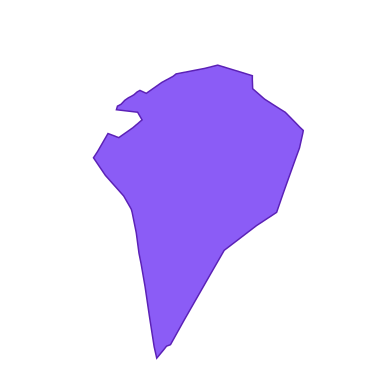 outline of Santa María Nduayaco, Oaxaca, Mexico, rotated 54°
{"feature_id": "50627088B11390795359307", "entity_name": "Santa María Nduayaco", "entity_type": "district", "adm_level": 2, "iso_a3": "MEX", "parent_name": "Mexico", "parent_adm1": "Oaxaca", "projection": "robinson", "projection_center": [-97.514, 17.403], "detail": "fine", "context": "isolated", "style": "filled", "palette": "violet", "viewbox_px": 384, "rotation_deg": 54, "n_neighbors": 0, "source": "geoboundaries", "source_scale": "gbopen_adm2", "svg_char_len": 1164}
<svg xmlns="http://www.w3.org/2000/svg" viewBox="0 0 384 384"><g transform="rotate(54 192 192)"><path d="M305.7,318.2L304.3,312.7L302.8,306.9L301.9,303.8L301.8,302.9L302.8,299.5L302.8,299.0L291.0,273.6L269.7,226.2L258.1,200.2L257.1,159.5L258.2,135.5L246.6,118.9L240.5,110.0L225.9,88.6L219.6,79.2L209.3,67.5L207.6,65.8L202.8,66.7L196.3,67.6L182.3,69.7L175.9,72.3L169.8,74.7L159.8,78.6L157.8,79.1L152.9,80.2L144.1,82.2L138.6,78.5L136.5,77.1L133.4,74.8L104.5,96.6L104.3,97.0L99.4,109.2L87.1,135.4L87.3,139.2L85.6,152.0L85.4,164.9L85.3,171.0L79.2,174.4L78.8,177.7L79.2,181.8L78.9,184.9L78.4,188.1L78.3,192.5L79.3,197.7L79.0,200.2L78.7,201.8L81.0,204.8L95.5,189.1L103.1,189.9L104.3,190.0L104.6,193.8L104.8,195.6L104.9,197.6L104.9,198.0L105.1,199.9L105.2,201.7L105.3,202.2L105.2,203.3L105.2,205.3L105.0,217.1L105.0,219.2L104.6,219.5L102.7,220.8L101.5,221.5L100.3,222.3L99.1,223.1L97.7,224.0L95.3,225.6L103.8,244.7L106.4,251.6L127.7,252.3L155.1,249.6L167.2,250.9L168.2,251.0L168.8,251.1L169.0,251.1L170.4,251.3L173.3,252.4L192.3,261.1L210.4,270.9L220.2,275.4L241.0,285.6L268.5,300.0L295.0,313.6L305.7,318.2Z" fill="#8b5cf6" stroke="#5b21b6" stroke-width="1.5"/></g></svg>